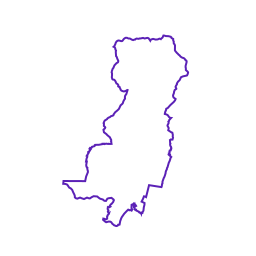 Cotofanesti, Bacau, Romania, rotated 151°
{"feature_id": "2599482B84293902870266", "entity_name": "Cotofanesti", "entity_type": "district", "adm_level": 2, "iso_a3": "ROU", "parent_name": "Romania", "parent_adm1": "Bacau", "projection": "natural_earth1", "projection_center": [26.959, 46.124], "detail": "fine", "context": "isolated", "style": "outline", "palette": "violet", "viewbox_px": 256, "rotation_deg": 151, "n_neighbors": 0, "source": "geoboundaries", "source_scale": "gbopen_adm2", "svg_char_len": 5710}
<svg xmlns="http://www.w3.org/2000/svg" viewBox="0 0 256 256"><g transform="rotate(151 128 128)"><path d="M112.6,187.3L114.4,185.7L115.4,184.5L115.4,183.7L116.5,181.7L117.5,180.3L117.7,179.7L118.0,178.3L117.8,177.8L116.7,176.9L116.4,175.9L116.3,174.5L116.5,173.7L116.5,172.5L115.9,171.7L115.7,170.2L116.4,169.2L116.2,168.7L115.5,168.1L115.7,167.6L115.6,166.4L115.8,165.9L115.8,165.5L115.9,165.0L115.6,163.8L114.3,162.3L113.7,161.9L111.9,161.5L110.2,161.6L110.0,161.4L113.0,158.5L114.7,157.7L115.8,156.5L116.1,155.6L116.5,155.0L117.2,154.8L119.2,153.5L120.4,152.3L121.2,151.9L123.5,151.4L126.1,149.5L126.9,149.0L129.3,148.4L131.6,148.0L134.1,146.8L134.6,146.2L135.5,146.2L137.1,146.6L138.5,146.3L140.1,146.5L141.4,146.3L142.1,145.9L144.6,145.8L145.4,145.4L147.0,144.1L146.9,143.5L148.1,141.5L148.0,141.0L147.7,140.5L147.6,139.5L148.3,138.9L150.3,138.4L151.1,135.9L149.8,133.0L149.6,131.9L148.3,128.5L148.5,127.4L148.4,126.0L149.0,124.7L149.3,124.6L149.3,124.2L150.1,122.1L151.9,123.0L152.5,123.6L153.0,123.6L154.7,124.9L156.6,125.4L156.9,125.8L156.8,126.0L158.0,126.6L158.2,126.3L161.8,127.5L164.9,129.2L165.4,129.1L165.6,128.6L166.2,128.4L168.6,129.0L169.1,128.5L170.0,128.5L170.3,128.7L170.5,128.1L171.2,128.8L171.6,128.6L171.4,128.1L171.6,128.1L172.0,127.6L171.7,127.6L171.9,126.9L173.5,126.2L174.5,126.3L174.8,125.7L174.6,125.3L177.5,123.7L177.1,123.3L177.3,123.0L177.9,122.2L178.8,121.6L179.9,120.3L181.0,119.0L180.3,118.6L182.5,115.9L183.1,114.3L182.9,113.6L183.0,113.3L182.8,112.8L183.3,112.3L183.9,110.3L183.9,109.9L184.5,108.8L188.1,105.9L191.2,102.3L210.1,112.9L211.7,110.6L209.8,109.4L208.6,107.9L208.3,104.3L207.4,103.1L206.8,101.0L207.1,98.4L207.2,95.7L207.5,94.3L208.1,93.1L207.7,91.9L206.6,90.8L203.7,90.4L202.5,88.9L200.9,87.2L197.6,87.0L196.6,85.8L195.5,84.9L193.3,85.1L191.1,85.0L188.1,83.0L187.4,81.1L186.7,79.7L184.6,77.6L184.4,76.6L183.7,75.6L182.6,74.9L180.3,76.2L178.8,75.9L176.3,74.9L175.3,72.4L175.5,72.1L175.4,71.7L176.8,70.5L179.4,69.5L180.0,69.6L181.6,68.8L181.7,68.4L181.5,67.8L182.8,67.7L183.8,68.7L184.0,68.6L184.2,68.1L184.8,67.5L185.2,66.5L185.1,66.2L185.0,65.5L186.2,64.6L186.2,62.9L185.6,62.9L186.3,62.2L188.1,61.6L188.7,60.9L189.0,60.9L189.3,60.6L189.9,59.3L190.2,58.8L191.2,58.7L192.1,59.2L192.6,60.0L193.0,60.1L193.5,60.7L194.3,59.8L193.4,57.3L192.8,56.2L190.1,55.5L189.8,55.2L189.0,54.8L188.3,53.7L188.1,51.6L187.5,50.5L187.4,49.8L185.9,48.0L185.3,47.7L184.7,47.7L184.1,47.7L183.7,48.1L183.4,48.2L182.7,47.7L182.2,47.6L180.0,50.3L177.7,52.3L176.7,53.0L172.8,54.9L169.3,56.0L167.4,56.5L166.7,55.7L166.7,55.4L165.6,55.0L165.1,54.3L165.0,54.0L164.7,54.0L164.3,54.5L163.9,54.7L163.8,55.6L163.9,55.9L163.8,56.2L162.1,59.1L161.7,59.1L161.3,58.8L159.5,59.2L159.5,58.6L159.2,58.2L158.7,56.7L158.7,55.9L159.3,55.9L159.4,56.1L159.3,56.6L159.9,55.9L160.3,55.9L160.5,56.4L160.3,56.9L160.4,57.2L160.6,57.3L160.7,57.2L161.2,56.0L160.7,55.8L161.1,54.9L161.2,54.2L161.3,53.6L161.6,53.6L161.5,53.1L160.6,52.6L160.9,52.2L160.8,51.8L159.1,49.6L159.2,49.3L159.0,49.1L159.0,48.5L158.6,48.2L158.3,47.4L158.1,47.4L158.0,47.6L157.7,47.6L157.8,46.9L157.4,47.4L157.1,47.1L157.3,46.7L156.8,46.8L156.6,46.7L156.2,47.2L154.6,48.2L152.6,51.0L150.8,52.9L149.9,54.4L151.8,57.0L148.9,59.0L147.2,60.5L146.3,59.8L145.7,58.8L137.3,67.8L127.4,60.1L126.5,60.9L125.5,62.4L124.8,62.7L124.6,63.2L124.2,63.7L123.9,64.3L123.6,64.6L121.0,66.9L120.0,67.5L118.5,68.8L116.9,70.4L116.5,71.1L115.5,72.1L114.0,73.1L113.4,74.0L112.6,74.4L108.9,78.1L108.0,78.6L106.2,80.2L105.6,81.0L104.2,81.7L105.0,84.0L104.6,83.8L104.5,84.0L104.3,83.9L104.2,84.1L104.7,84.6L104.6,84.9L104.8,85.1L104.5,85.3L104.5,85.5L104.3,85.4L103.9,85.7L103.9,85.9L103.5,86.4L103.6,86.7L102.8,87.6L102.6,87.9L102.2,87.7L101.8,87.7L101.8,87.9L102.0,88.0L101.8,88.1L101.6,87.9L101.2,88.3L100.7,88.4L100.4,88.7L100.4,89.0L100.1,89.1L99.9,89.3L99.9,89.8L99.6,90.1L99.5,90.8L99.6,91.5L99.6,91.8L99.4,92.6L99.1,93.3L98.5,93.8L98.6,94.1L97.2,97.0L96.8,96.8L96.1,97.2L94.7,96.3L93.3,97.7L93.1,98.7L92.1,100.3L91.5,102.4L92.3,103.4L93.9,106.5L92.6,108.0L92.4,108.5L92.4,110.8L91.9,111.4L90.2,112.5L89.6,113.5L89.6,114.0L88.7,114.3L88.1,115.0L85.4,115.9L86.1,116.4L86.5,117.0L86.8,117.8L87.0,119.9L87.3,120.5L88.4,121.9L89.0,122.4L88.7,122.9L87.2,124.5L86.5,124.8L85.2,126.3L83.6,126.2L79.9,127.5L75.3,128.6L73.4,129.4L72.3,130.3L73.3,132.5L73.3,133.2L73.1,134.0L72.7,134.8L71.0,136.2L70.1,137.4L68.7,138.6L66.8,138.8L66.6,139.1L66.5,140.9L65.5,141.7L64.0,142.5L63.7,143.2L62.8,143.7L61.8,144.3L59.7,144.8L57.0,146.7L54.9,146.5L51.2,145.4L50.8,145.4L49.6,146.3L49.0,146.9L48.5,147.5L48.5,148.3L49.3,150.6L48.3,152.5L48.2,153.2L47.5,154.4L45.0,157.0L44.5,157.7L44.3,158.5L44.3,158.8L44.8,159.3L44.9,161.0L45.4,162.2L46.4,163.1L47.4,164.9L47.7,166.6L48.2,167.6L48.4,168.7L48.8,169.8L49.3,172.3L49.3,173.2L46.9,177.4L46.7,178.7L47.0,179.6L46.8,180.2L46.0,181.6L46.1,182.2L46.0,182.7L45.3,184.0L46.3,185.5L46.1,186.3L46.4,186.8L46.4,187.1L48.1,188.7L50.4,190.1L51.4,191.2L52.2,191.7L53.9,190.4L55.8,190.0L56.2,189.8L56.5,190.3L57.2,190.9L59.1,191.1L60.9,191.9L62.9,193.8L64.9,194.2L65.2,194.2L66.2,193.5L66.3,195.0L66.5,196.5L66.9,197.0L67.5,197.5L70.0,198.2L71.2,199.5L73.8,200.3L74.4,200.7L75.4,200.8L76.8,201.8L77.3,202.1L78.4,202.1L79.0,201.9L79.4,202.2L80.9,202.4L81.8,203.4L82.8,205.1L83.2,205.5L84.0,205.9L84.4,206.3L85.2,207.4L86.2,208.0L87.1,208.1L88.5,207.9L90.4,207.0L91.0,206.9L91.9,207.3L92.7,208.2L93.8,209.1L94.3,209.3L95.9,209.3L97.4,208.5L98.3,207.6L100.3,206.2L101.2,206.0L100.5,204.9L100.5,204.4L100.5,204.0L101.0,202.6L100.9,201.6L101.8,200.5L103.6,196.6L103.4,195.8L103.8,193.5L103.9,191.9L104.0,191.3L104.7,190.5L105.1,190.3L106.6,190.3L109.4,189.4L110.4,188.7L111.5,187.7L112.6,187.3Z" fill="none" stroke="#5b21b6" stroke-width="2"/></g></svg>